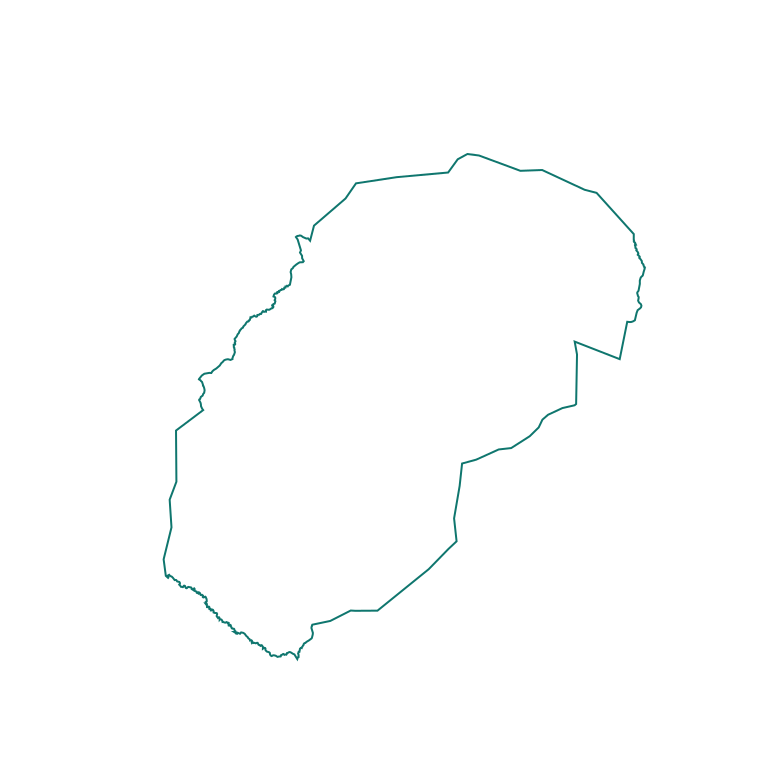 Mo'ngonmorit, Töv, Mongolia, rotated 233°
{"feature_id": "93677404B10296672671184", "entity_name": "Mo'ngonmorit", "entity_type": "district", "adm_level": 2, "iso_a3": "MNG", "parent_name": "Mongolia", "parent_adm1": "Töv", "projection": "equal_earth", "projection_center": [108.558, 48.538], "detail": "fine", "context": "isolated", "style": "outline", "palette": "teal", "viewbox_px": 768, "rotation_deg": 233, "n_neighbors": 0, "source": "geoboundaries", "source_scale": "gbopen_adm2", "svg_char_len": 6153}
<svg xmlns="http://www.w3.org/2000/svg" viewBox="0 0 768 768"><g transform="rotate(233 384 384)"><path d="M353.4,673.7L408.7,668.8L418.4,661.1L459.7,639.1L472.2,621.2L509.3,597.4L517.5,589.0L519.1,578.1L514.3,562.5L541.5,518.7L561.1,482.4L555.3,464.9L552.6,423.4L542.9,411.2L546.0,411.0L546.9,409.5L550.1,407.7L552.2,407.1L553.3,406.2L553.6,405.2L554.3,404.0L554.5,402.8L554.4,402.1L551.4,402.0L540.7,398.1L539.5,396.0L535.7,395.7L533.7,394.3L530.4,393.8L530.1,392.5L531.9,389.9L532.1,388.4L532.2,385.8L532.0,382.2L531.4,380.9L531.3,378.9L529.6,376.8L527.5,375.9L525.0,374.3L519.9,368.6L520.2,366.7L519.9,365.9L520.8,365.5L520.6,364.9L521.2,364.0L520.3,363.2L520.9,362.3L520.0,361.1L520.4,360.2L521.2,359.7L520.8,358.8L521.3,357.9L521.1,357.1L521.5,356.2L520.7,355.6L521.7,354.2L521.6,353.9L521.3,354.0L520.7,353.6L520.7,353.2L520.9,352.6L521.7,351.6L521.9,351.3L521.8,350.8L521.4,349.7L520.4,348.4L519.3,349.1L518.6,349.2L517.4,348.4L516.8,347.1L515.5,347.1L514.0,345.1L514.4,343.8L513.8,343.1L514.2,342.6L514.2,342.0L513.8,341.8L512.4,342.2L511.9,341.7L512.0,340.8L511.7,340.5L512.1,339.7L512.3,337.2L513.2,336.0L514.0,335.2L514.0,334.2L512.8,333.3L513.5,332.5L513.8,331.6L514.7,331.5L515.1,331.1L514.5,329.1L513.9,328.1L514.6,327.1L514.4,326.2L515.3,324.4L514.5,323.6L514.4,323.1L514.6,322.5L515.1,322.1L516.7,321.5L516.6,320.3L517.1,319.1L516.8,318.2L517.0,317.8L517.6,317.5L515.9,315.4L516.1,314.3L515.5,313.7L515.6,313.1L516.1,312.5L515.9,311.4L515.5,309.9L515.0,309.3L514.6,306.2L513.9,305.4L514.1,303.5L513.7,302.7L513.7,301.7L513.2,301.0L513.2,300.4L512.0,298.6L511.8,297.1L510.6,295.0L509.9,291.8L509.1,291.4L507.6,291.2L507.3,290.9L507.1,289.9L505.4,289.2L505.2,288.8L505.9,287.7L505.7,287.4L504.8,287.1L504.0,286.3L502.9,286.2L502.4,285.7L501.6,285.6L501.0,284.9L499.2,284.1L497.5,281.7L497.4,281.0L496.7,279.8L495.7,278.4L495.1,278.0L495.6,275.9L497.7,274.3L498.6,272.6L499.1,271.0L499.1,270.3L498.6,268.0L498.6,266.7L497.6,263.9L497.3,259.4L497.6,256.4L497.4,254.5L496.7,252.7L498.0,251.2L500.3,246.7L500.4,243.6L499.3,239.3L499.1,239.0L497.3,239.7L496.6,239.6L495.1,239.9L492.2,238.9L491.6,238.4L491.1,238.6L489.1,238.0L487.0,237.0L485.2,235.1L484.9,233.7L483.9,232.2L483.9,229.9L482.7,228.1L482.8,227.2L482.5,226.7L479.5,226.2L478.1,225.6L476.4,224.5L473.7,223.9L472.0,223.9L472.0,189.9L430.9,159.4L420.6,143.2L397.4,128.0L376.6,102.5L362.1,94.3L359.1,94.9L359.2,95.3L361.1,96.1L360.9,97.6L359.6,97.6L357.8,98.6L356.2,98.8L353.4,98.8L353.0,99.6L352.4,100.1L350.8,100.0L349.1,101.4L348.3,101.4L347.4,100.9L347.0,99.7L346.1,99.9L344.2,99.8L343.7,100.4L342.8,101.1L342.8,101.7L343.3,102.5L343.3,102.9L343.1,103.2L342.5,103.5L340.4,103.0L339.8,103.3L339.6,103.7L339.8,105.0L339.7,105.6L337.6,107.5L336.9,107.5L336.0,107.0L334.5,107.6L335.1,108.5L335.0,109.4L334.3,109.4L332.8,108.2L331.1,109.3L329.9,108.8L329.4,109.1L329.5,110.3L329.2,110.7L328.7,110.9L328.4,110.6L328.4,109.8L328.0,109.8L327.4,111.1L325.9,110.6L325.7,110.7L325.1,111.8L324.0,112.1L323.1,111.1L322.6,111.1L322.0,111.6L321.9,112.8L321.7,113.3L321.3,113.4L319.1,112.9L317.4,111.9L317.1,111.6L317.2,110.2L316.7,109.7L315.7,110.2L314.8,110.1L314.5,109.9L314.5,109.6L315.0,109.3L313.7,109.3L312.3,108.4L312.0,108.7L311.7,110.1L311.2,110.3L310.5,110.0L309.7,109.1L309.4,109.1L308.9,110.1L308.5,110.1L307.4,109.4L306.9,110.1L307.1,110.6L307.4,110.9L307.0,111.3L306.5,111.5L305.0,111.2L304.1,110.4L303.2,110.9L301.7,112.5L300.7,112.3L299.4,110.7L299.0,110.6L297.1,110.6L297.2,111.4L297.1,111.8L296.6,111.9L295.9,111.7L294.6,110.8L294.7,111.3L294.6,111.7L293.7,112.4L292.4,112.4L291.1,111.8L290.8,112.4L289.9,112.8L288.9,113.6L288.6,115.0L288.3,115.2L287.1,115.2L287.0,116.0L286.6,116.2L284.6,114.6L284.3,114.8L284.2,116.2L283.8,116.4L283.4,116.4L282.5,115.7L281.2,115.8L280.5,115.4L279.9,115.7L278.9,116.8L278.5,116.9L276.9,116.3L275.7,116.6L275.4,116.5L275.3,116.2L276.1,115.1L274.8,115.6L273.6,115.7L273.0,116.4L273.6,117.0L273.6,117.3L271.2,118.7L271.6,120.4L270.0,121.8L268.4,122.4L265.5,122.4L263.9,122.8L262.6,122.6L261.0,123.1L259.7,122.6L259.1,123.9L258.4,124.0L257.0,122.7L256.6,122.6L256.7,123.8L256.2,124.0L255.7,123.9L255.3,124.7L254.1,125.5L253.7,126.9L253.3,127.3L251.4,126.9L251.0,127.0L250.4,127.7L249.2,127.7L249.0,128.2L249.1,129.0L248.8,129.2L246.9,129.1L245.5,128.0L245.5,129.5L244.6,130.2L244.0,130.1L243.1,129.3L242.3,129.2L240.8,129.4L239.1,130.7L238.2,131.0L236.4,130.2L235.3,130.1L234.3,130.6L234.1,132.1L233.6,132.8L232.2,134.0L230.2,134.7L229.3,136.6L228.7,137.3L228.6,137.6L229.4,138.6L229.1,139.8L229.1,140.8L228.9,141.2L227.7,141.4L227.6,142.2L226.6,143.1L226.8,143.7L227.5,144.6L227.1,145.5L227.0,146.7L226.6,147.5L225.6,148.1L223.4,148.9L222.0,149.7L216.5,149.2L217.3,150.4L217.6,151.1L217.4,151.5L219.0,152.7L220.6,153.3L220.9,154.1L221.2,154.3L221.0,154.8L221.0,155.3L221.6,155.4L221.8,156.2L223.1,157.5L223.3,158.6L222.6,159.3L223.2,159.9L223.3,160.8L223.9,161.9L224.0,162.7L224.7,163.5L224.9,164.5L224.5,165.4L224.7,166.9L224.4,169.7L224.4,173.1L224.7,173.7L226.7,176.2L228.0,177.4L232.8,179.2L233.7,180.1L234.0,180.8L234.5,181.1L234.9,181.9L227.1,198.5L223.1,221.1L220.2,224.5L206.9,242.4L209.2,308.3L213.5,336.3L214.7,347.3L234.5,359.1L257.1,383.1L273.5,398.5L268.1,412.1L262.7,436.2L256.3,447.0L254.6,468.9L256.2,481.4L260.2,489.1L260.7,496.5L257.4,512.0L252.3,523.4L252.4,525.4L291.4,555.9L303.1,561.8L262.0,587.2L287.3,615.7L285.6,617.5L284.8,618.7L284.2,620.3L283.9,622.7L288.8,628.6L290.3,631.0L290.3,634.1L290.6,635.5L291.6,636.7L293.1,637.2L295.7,636.7L297.6,637.1L299.6,639.3L300.5,639.8L301.5,639.8L302.6,640.3L304.0,640.8L304.7,641.4L305.3,643.4L310.0,648.6L312.6,650.5L313.6,651.8L314.5,653.1L314.8,654.5L314.8,655.5L315.1,656.2L317.4,659.0L319.3,661.7L320.3,662.0L320.3,662.5L322.3,662.5L323.3,663.1L325.5,662.9L327.1,663.9L329.6,664.0L330.7,663.7L331.2,663.9L331.2,664.4L331.9,664.9L334.5,664.4L334.9,665.0L334.9,665.5L335.4,665.8L337.0,666.1L338.8,665.9L339.3,666.7L339.8,666.7L340.2,667.0L341.4,666.7L342.3,667.4L343.7,667.9L343.5,668.9L343.9,668.9L344.3,668.6L344.8,668.9L345.0,669.4L345.8,669.5L346.7,669.2L347.0,669.5L347.9,669.5L348.3,670.2L349.1,670.4L353.4,673.7Z" fill="none" stroke="#0f766e" stroke-width="2"/></g></svg>